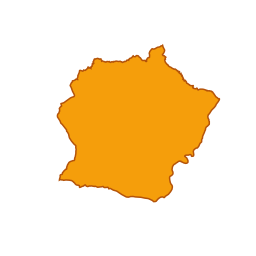 the district of Manja, Menabe, Madagascar, rotated 312°
{"feature_id": "10022922B70385192089273", "entity_name": "Manja", "entity_type": "district", "adm_level": 2, "iso_a3": "MDG", "parent_name": "Madagascar", "parent_adm1": "Menabe", "projection": "mercator", "projection_center": [44.3, -21.407], "detail": "fine", "context": "isolated", "style": "filled", "palette": "amber", "viewbox_px": 256, "rotation_deg": 312, "n_neighbors": 0, "source": "geoboundaries", "source_scale": "gbopen_adm2", "svg_char_len": 5804}
<svg xmlns="http://www.w3.org/2000/svg" viewBox="0 0 256 256"><g transform="rotate(312 128 128)"><path d="M212.6,98.4L212.2,98.4L210.8,97.5L210.2,97.5L209.5,97.3L207.7,95.9L204.7,94.9L203.5,93.9L203.1,93.0L202.5,92.8L199.6,93.0L197.8,93.7L196.7,95.2L195.0,96.6L194.5,96.5L193.3,95.8L192.5,95.8L191.7,96.1L190.9,96.1L190.5,96.5L190.3,97.1L189.9,97.2L189.6,97.1L189.3,96.5L189.5,95.7L189.5,95.3L188.0,93.8L187.8,93.3L188.0,91.8L188.4,90.3L188.2,89.0L188.5,87.5L187.8,86.1L187.0,85.7L186.1,85.8L185.7,85.5L185.0,84.7L184.9,84.1L185.1,83.6L184.8,83.5L182.7,83.7L180.7,82.7L179.8,82.9L179.5,82.7L178.8,83.1L178.7,82.5L177.9,82.2L177.4,81.7L176.7,81.9L176.2,81.9L175.7,81.6L175.1,80.8L174.1,80.7L173.8,80.2L172.9,79.9L172.8,79.6L172.9,78.9L172.4,78.1L172.4,77.5L171.2,76.6L169.7,74.3L168.5,73.8L168.1,73.0L167.0,72.9L166.7,71.9L166.0,71.4L165.2,71.3L165.0,71.0L164.8,70.5L165.0,69.9L164.9,69.6L164.4,69.5L163.9,68.5L163.2,67.8L162.7,67.8L162.1,67.1L161.9,67.1L161.8,66.7L161.5,66.2L161.4,65.7L161.0,65.2L160.6,63.7L160.2,63.6L160.7,63.1L160.7,62.4L161.2,61.7L160.9,61.3L160.0,60.7L160.0,60.0L159.6,59.6L159.6,59.1L159.4,58.8L157.5,57.6L157.0,57.5L157.1,57.1L156.4,56.9L154.8,57.6L154.0,57.7L153.9,57.8L153.9,58.2L153.4,58.3L153.3,59.1L153.1,59.3L152.8,59.2L152.3,58.6L151.7,58.6L151.7,59.2L151.6,59.3L150.7,59.3L150.3,59.5L150.1,59.9L149.9,60.0L149.1,59.7L148.6,60.0L148.3,59.6L147.9,59.5L147.4,60.4L147.1,59.5L146.4,58.9L146.9,58.0L146.4,57.5L145.3,58.0L144.5,57.9L143.8,58.0L143.2,57.7L142.4,57.8L141.9,57.3L141.5,56.3L140.0,56.4L139.0,54.1L138.6,53.7L138.3,53.6L136.7,54.6L133.2,55.8L132.5,56.5L130.7,57.2L130.3,58.1L130.2,58.0L129.7,56.8L129.3,56.6L128.1,56.5L126.6,55.8L125.9,55.2L124.7,55.8L123.7,55.7L121.0,56.5L120.6,57.2L120.1,58.7L118.2,62.2L117.0,65.4L116.4,66.4L115.7,66.8L115.1,66.8L113.2,65.7L111.8,65.1L103.8,63.4L101.3,61.9L100.6,62.7L100.2,63.6L99.9,63.9L98.2,63.7L96.6,63.9L95.5,65.3L95.2,65.4L94.6,66.0L93.8,66.1L92.7,66.7L91.7,66.5L90.7,66.8L89.8,67.4L89.0,68.3L87.9,72.4L86.6,75.1L86.7,76.6L85.5,83.5L84.6,84.5L84.4,85.9L83.7,87.9L81.5,91.0L80.5,94.6L79.9,98.7L80.0,100.8L79.7,101.3L78.4,102.4L77.4,103.8L76.0,104.7L74.3,106.2L71.4,108.0L69.8,108.6L68.7,109.6L67.8,109.7L67.0,109.0L64.5,107.6L62.9,107.2L59.9,107.8L58.5,108.5L57.9,108.6L56.8,109.6L56.4,109.8L56.0,109.7L55.5,109.2L54.0,109.3L53.2,109.1L52.1,109.3L51.1,109.2L49.7,110.0L49.4,110.0L48.3,109.3L47.5,109.2L46.2,110.4L44.2,111.3L43.4,111.9L44.3,112.2L45.2,113.7L45.7,114.2L46.0,115.1L47.8,116.6L49.8,119.1L51.2,121.3L51.5,123.6L51.3,123.8L51.4,125.0L51.1,126.4L51.1,127.2L51.3,128.0L52.5,129.9L52.6,130.3L52.4,130.7L51.7,131.3L51.6,131.9L52.5,132.5L53.4,132.7L54.8,133.6L55.4,133.9L55.7,133.8L56.6,134.0L57.1,134.4L57.1,135.1L56.9,135.8L57.4,137.1L57.9,137.5L59.1,138.1L59.5,138.7L60.5,139.6L62.1,142.2L62.6,142.4L63.0,143.1L63.7,145.1L67.1,148.1L67.8,148.5L67.9,148.8L67.8,149.8L68.0,150.3L69.0,151.4L70.4,152.6L70.5,153.0L70.0,154.5L71.0,155.1L71.3,155.5L72.0,158.6L73.5,161.7L74.4,167.9L75.6,172.8L76.2,173.7L77.0,174.7L78.8,175.8L80.5,177.6L81.8,179.7L85.2,184.0L87.1,187.3L89.0,190.1L89.4,191.0L90.2,193.7L90.5,194.7L90.4,196.2L90.6,196.5L91.5,197.4L92.4,197.9L93.1,197.9L94.8,197.8L97.1,198.1L98.5,198.6L99.7,199.6L100.0,199.9L100.3,201.1L100.8,201.6L102.1,201.4L105.8,202.4L109.4,202.2L111.8,201.7L113.5,200.7L114.2,200.1L114.9,199.0L115.1,197.5L115.8,195.9L117.3,193.8L118.5,192.5L119.2,191.9L119.6,191.7L120.3,191.6L121.9,192.2L123.6,192.2L124.1,192.0L125.3,190.9L125.7,189.9L126.6,188.5L129.1,186.9L130.9,186.6L131.9,186.6L133.4,187.2L134.3,187.2L135.7,187.7L136.7,187.8L137.7,188.3L138.7,189.5L138.5,190.1L139.0,191.2L139.3,192.6L140.2,194.4L141.0,195.1L141.9,195.5L142.5,195.5L143.0,195.2L144.0,194.2L145.0,191.7L144.9,189.2L145.3,188.9L145.8,188.9L146.8,189.4L148.2,191.0L149.7,191.8L150.0,192.2L150.1,193.1L149.6,193.9L149.6,194.3L150.5,195.2L151.2,195.3L152.1,194.8L154.3,192.2L155.3,191.7L156.5,191.6L158.3,192.0L158.8,192.2L159.4,192.8L159.8,192.9L161.7,192.8L164.8,191.8L166.8,192.0L167.3,191.7L168.7,190.5L170.4,190.1L171.0,189.5L172.1,188.9L175.8,187.7L177.7,186.9L178.4,186.8L179.8,185.8L181.4,185.5L182.3,185.8L185.0,185.9L185.5,185.6L187.2,184.1L187.6,183.1L188.5,182.3L188.6,181.4L189.8,179.7L191.6,178.8L192.9,178.9L197.2,178.2L201.5,178.4L202.5,178.2L203.0,178.3L204.6,177.7L208.0,177.4L210.0,177.0L210.7,176.6L210.8,176.1L210.2,175.5L210.2,173.7L210.0,172.4L211.0,168.4L211.0,167.9L211.3,167.1L211.3,166.4L211.0,166.1L211.2,165.6L210.9,165.1L210.9,164.8L210.1,163.9L210.1,163.5L209.0,162.5L209.0,162.0L208.7,161.3L208.4,161.4L208.0,159.7L207.2,158.1L206.4,157.0L205.0,155.5L204.1,155.0L203.5,154.9L203.2,154.4L203.1,154.0L203.7,153.0L203.7,152.5L203.5,152.4L202.7,152.2L202.3,151.9L201.8,151.1L201.6,150.5L201.2,150.0L201.2,149.8L201.6,149.5L201.5,148.9L201.6,148.7L202.1,148.5L202.9,148.5L203.1,148.1L201.6,146.5L201.4,145.8L201.1,145.3L201.2,144.5L201.0,143.8L201.0,142.7L200.6,141.7L200.9,141.0L201.3,140.6L201.7,138.8L200.8,138.6L200.6,138.2L201.4,137.2L200.9,136.5L200.9,136.2L201.8,136.1L202.1,135.5L202.0,135.1L202.5,134.6L202.5,134.1L202.8,133.7L202.5,133.6L202.5,133.3L202.7,133.0L203.1,133.1L203.4,132.9L203.2,132.2L203.5,131.4L203.8,131.1L203.2,131.0L203.4,130.2L203.3,129.9L203.9,129.1L203.4,129.2L203.2,128.8L203.4,128.6L203.9,128.5L204.0,128.3L203.4,127.3L203.9,126.6L203.4,126.0L203.6,125.2L203.4,124.8L203.5,123.9L203.1,123.4L202.7,123.2L202.6,122.5L202.3,122.3L202.1,121.1L201.9,120.6L201.9,120.1L201.8,119.2L201.3,117.8L201.2,116.6L201.6,115.9L201.4,115.3L201.6,114.8L201.4,114.4L201.9,111.7L202.5,110.6L203.2,109.7L203.5,109.6L204.1,109.8L204.8,108.8L205.3,108.7L205.7,108.9L205.9,108.8L206.0,108.3L205.8,107.8L205.9,106.7L205.3,105.6L205.5,104.6L206.0,104.4L206.8,104.5L209.1,103.9L210.4,103.1L211.7,99.8L212.6,98.4Z" fill="#f59e0b" stroke="#b45309" stroke-width="1.5"/></g></svg>